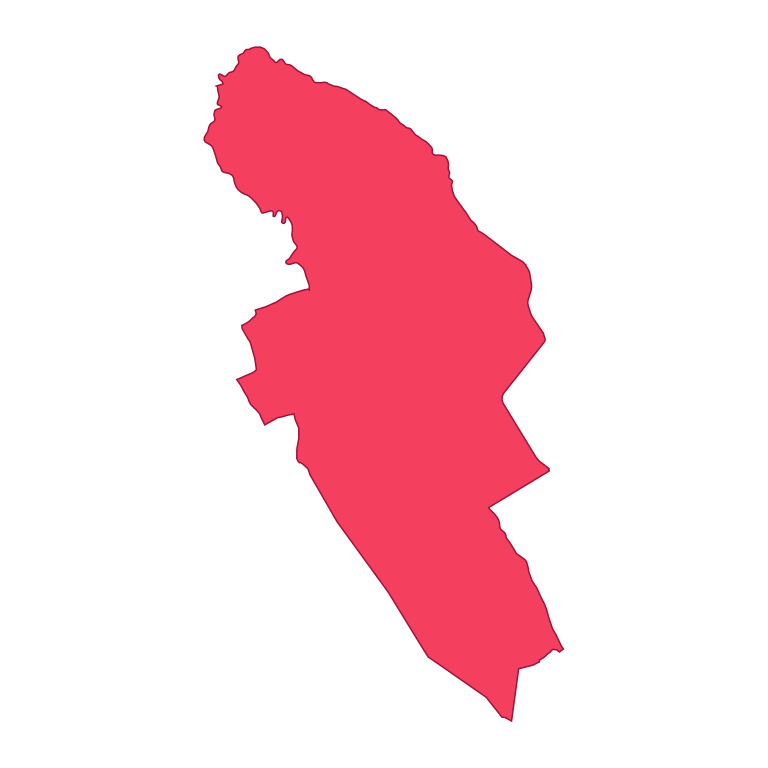 the district of Weststellingwerf, Friesland, Netherlands, rotated 91°
{"feature_id": "6326949B61615489066760", "entity_name": "Weststellingwerf", "entity_type": "district", "adm_level": 2, "iso_a3": "NLD", "parent_name": "Netherlands", "parent_adm1": "Friesland", "projection": "albers", "projection_center": [6.005, 52.872], "detail": "fine", "context": "isolated", "style": "filled", "palette": "rose", "viewbox_px": 768, "rotation_deg": 91, "n_neighbors": 0, "source": "geoboundaries", "source_scale": "gbopen_adm2", "svg_char_len": 6031}
<svg xmlns="http://www.w3.org/2000/svg" viewBox="0 0 768 768"><g transform="rotate(91 384 384)"><path d="M236.5,281.2L236.2,281.7L232.6,286.5L229.3,292.2L228.9,292.7L228.2,293.2L225.1,294.0L224.0,294.7L220.9,297.3L218.7,300.1L210.3,305.6L208.5,307.2L204.4,310.1L203.2,311.2L195.1,317.0L193.6,317.6L191.6,318.1L189.7,319.0L184.6,319.9L183.7,320.0L180.7,319.1L180.0,319.0L178.3,320.6L177.3,322.0L176.3,322.7L174.3,322.7L172.0,322.0L170.9,322.2L169.3,323.1L167.7,323.5L166.4,323.6L163.8,323.3L162.2,323.5L159.4,324.2L155.9,326.0L155.5,326.5L154.5,328.9L154.4,330.7L154.1,334.2L154.4,336.1L153.9,338.1L153.4,338.8L152.8,339.4L151.7,340.0L151.3,339.7L150.7,339.9L148.8,339.7L147.2,340.2L146.0,341.1L141.5,345.5L140.5,347.0L138.7,350.4L135.7,354.5L135.0,355.8L134.0,357.3L129.0,361.3L128.3,362.0L127.8,363.4L127.5,365.4L126.7,366.8L125.4,368.3L123.2,371.8L122.1,373.2L120.4,374.2L117.7,376.8L115.9,379.2L114.1,381.2L113.2,382.6L109.9,386.9L109.6,388.1L110.0,389.6L109.9,393.1L109.5,394.3L108.5,395.2L107.8,396.6L107.3,398.9L104.0,404.1L101.3,407.8L101.4,408.7L101.1,409.4L100.1,410.9L99.4,412.4L90.3,426.8L89.8,428.0L89.3,429.8L87.4,435.6L87.1,438.6L86.9,439.7L86.3,441.1L85.8,442.6L85.3,443.6L84.9,444.9L83.9,446.2L83.7,446.6L83.4,448.5L83.4,450.0L83.7,451.0L83.8,452.1L83.9,456.9L83.6,458.6L83.2,459.2L82.2,459.7L81.0,460.7L78.7,461.8L77.1,463.7L76.9,464.4L76.5,466.9L75.4,470.1L74.6,471.7L74.3,471.8L73.1,474.4L72.6,475.3L71.4,476.9L67.8,481.4L67.1,482.4L66.5,483.9L66.2,486.9L65.9,487.6L64.8,488.7L61.8,490.8L61.2,491.7L61.1,492.6L61.4,493.8L64.1,496.6L64.4,497.3L64.3,498.1L64.2,498.4L62.3,500.1L60.7,502.3L59.6,503.6L58.1,504.4L56.1,504.9L54.7,505.9L52.2,508.2L50.9,509.6L50.7,510.1L49.3,513.7L49.2,514.2L49.5,515.2L49.4,518.6L50.8,523.2L51.2,523.3L52.0,525.7L51.9,526.8L52.0,527.6L52.8,528.6L55.6,530.4L56.1,531.2L57.3,533.8L58.7,535.4L59.9,535.7L62.0,535.5L64.7,534.9L65.8,535.0L66.8,535.6L69.3,537.5L72.4,538.9L73.4,539.6L74.0,540.5L74.7,541.9L75.2,543.7L75.5,544.4L78.4,547.1L79.2,548.4L79.3,548.9L79.1,549.4L77.6,551.9L77.0,553.3L76.9,553.8L77.1,554.1L77.8,554.8L79.2,554.9L81.4,554.2L82.4,553.5L83.9,551.7L84.3,551.3L86.1,550.2L86.8,550.2L89.0,556.8L89.3,556.1L89.9,555.7L93.0,555.4L97.5,554.2L99.2,553.9L101.0,554.0L105.0,555.4L106.3,555.6L107.0,555.4L107.5,555.1L109.2,551.5L109.5,551.2L110.0,551.2L110.7,551.7L111.5,553.5L112.6,556.7L113.2,557.5L114.0,558.1L117.4,558.7L122.3,557.7L123.4,557.9L124.2,558.4L125.0,559.3L126.7,561.8L128.1,562.8L130.2,563.6L134.4,564.5L140.0,567.7L141.8,568.0L143.1,568.0L144.3,567.5L145.4,566.5L148.2,561.4L148.8,560.6L149.9,559.8L152.6,558.5L157.1,557.0L159.2,556.2L165.8,554.3L166.8,553.7L169.6,551.5L173.8,549.8L174.5,549.1L175.0,548.1L175.7,545.4L176.0,543.3L176.8,541.3L177.6,540.0L178.2,539.4L178.9,538.8L180.7,537.9L184.4,537.2L186.5,536.5L189.6,535.1L191.8,533.6L192.7,532.7L194.9,530.0L196.6,526.7L197.6,524.0L198.3,522.6L199.5,520.9L200.6,519.7L205.0,515.3L207.5,513.3L211.0,511.0L213.8,509.9L214.8,509.3L215.2,508.7L215.2,508.0L213.2,501.6L212.9,500.5L212.9,499.7L213.0,499.1L213.5,498.2L214.5,497.6L218.0,497.8L218.4,497.4L218.4,496.7L218.2,496.2L217.7,495.7L214.8,494.6L213.2,493.7L212.7,492.8L212.6,492.3L212.6,491.4L212.9,490.4L213.4,489.6L214.1,489.2L217.1,488.5L219.2,488.4L222.7,489.1L223.9,489.1L224.7,488.6L225.1,487.5L225.1,486.7L224.0,485.7L223.2,485.5L220.4,485.2L219.3,484.8L219.0,484.2L219.0,483.7L219.2,482.9L219.6,482.5L224.3,479.5L226.6,478.7L228.2,478.4L232.1,478.3L236.0,478.7L238.2,478.4L240.6,477.7L242.5,477.1L244.3,476.1L247.1,473.7L247.8,473.4L249.0,473.2L250.5,473.8L252.7,475.8L254.3,477.0L260.1,480.7L260.7,481.3L262.5,483.8L263.4,484.2L264.2,484.2L265.1,483.8L265.3,483.6L265.8,482.2L266.0,481.0L265.8,479.5L264.4,475.2L264.2,474.2L264.4,473.3L264.8,472.3L265.8,470.9L267.5,468.8L268.9,467.3L270.8,466.1L272.5,465.3L277.1,464.0L286.5,460.5L291.4,460.3L290.4,461.7L291.2,464.2L291.0,464.8L291.2,465.1L293.3,471.9L296.2,480.3L296.7,481.3L296.9,481.6L297.6,483.4L298.3,484.4L301.3,489.1L304.9,494.4L304.7,494.8L304.9,495.2L308.8,503.5L312.3,514.0L316.1,513.0L317.7,513.7L318.7,514.3L319.2,514.8L320.0,516.3L320.4,516.7L322.7,518.8L324.3,520.7L327.7,526.3L327.9,527.3L328.8,527.0L330.6,526.9L331.9,526.4L341.7,520.5L343.3,519.2L345.1,518.3L360.4,513.7L371.8,511.8L374.0,514.0L375.0,515.6L382.1,531.3L387.7,527.3L394.5,523.5L398.7,520.8L401.4,519.4L403.2,518.9L406.7,517.0L411.1,512.5L411.7,511.6L416.1,507.7L419.5,506.4L427.0,502.5L420.5,491.6L419.4,489.5L419.2,488.9L419.3,488.6L418.3,484.2L417.2,481.0L416.6,478.6L415.5,473.5L421.2,472.1L429.4,468.5L439.8,468.2L448.6,469.7L451.5,470.0L459.9,469.9L462.4,468.8L463.1,468.3L464.2,467.1L464.2,465.7L465.4,463.9L470.0,458.6L475.9,456.4L477.6,455.5L522.7,428.4L592.4,375.9L642.3,344.1L656.1,335.1L666.8,319.0L695.5,276.3L715.0,260.3L715.4,257.0L718.8,250.6L666.3,244.4L664.7,237.9L662.6,230.8L661.9,228.9L659.9,225.4L659.3,224.0L657.3,223.6L654.3,219.0L650.5,215.1L648.9,212.7L647.8,212.3L646.3,210.3L646.4,209.5L646.7,208.6L646.7,206.6L648.9,203.9L645.8,200.0L642.8,202.1L641.1,203.0L631.6,207.7L626.8,210.7L625.3,211.4L614.7,215.2L605.8,217.8L600.6,220.0L595.3,222.9L585.0,227.8L578.3,232.5L568.9,236.1L566.2,236.4L560.2,238.1L559.1,238.6L557.4,239.8L557.0,240.3L551.6,248.1L550.4,249.3L549.1,249.9L540.2,255.5L536.3,258.6L535.2,259.2L532.6,259.7L531.1,260.4L530.3,261.0L527.5,264.4L526.7,265.1L525.4,265.6L521.4,266.1L519.6,266.5L517.8,267.2L515.9,268.2L512.8,270.6L511.1,272.2L508.2,275.4L506.7,276.6L505.7,277.2L468.9,218.6L468.2,217.6L467.9,217.5L467.9,217.3L467.4,217.3L467.0,217.7L466.1,217.8L465.8,218.0L465.6,217.7L458.3,227.5L456.3,229.4L454.5,230.8L432.1,245.0L431.2,245.6L401.4,264.4L399.4,265.3L397.5,265.7L395.7,265.8L394.5,265.6L391.6,264.5L379.2,255.1L378.9,254.8L339.6,224.7L337.6,223.7L336.0,223.8L330.3,225.6L313.8,237.3L311.2,238.5L302.7,241.3L300.4,241.7L297.9,241.5L288.0,238.6L284.3,238.1L281.0,238.4L270.1,240.4L267.4,241.5L262.9,244.4L262.6,244.4L262.7,244.5L261.0,245.8L259.7,247.1L259.1,247.8L253.1,258.8L236.5,281.2Z" fill="#f43f5e" stroke="#9f1239" stroke-width="1.5"/></g></svg>